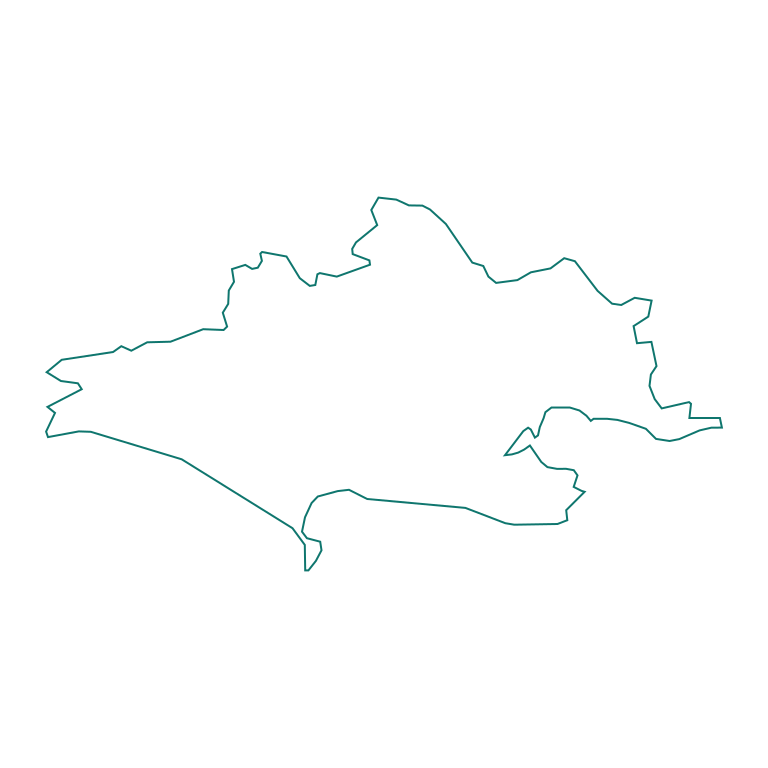 an SVG outline of Dorset
{"feature_id": "GBR-2051", "entity_name": "Dorset", "entity_type": "Administrative County", "adm_level": 1, "iso_a3": "GBR", "parent_name": "United Kingdom", "parent_adm1": "", "projection": "equal_earth", "projection_center": [-2.221, 50.805], "detail": "fine", "context": "isolated", "style": "outline", "palette": "teal", "viewbox_px": 768, "rotation_deg": 0, "n_neighbors": 0, "source": "natural_earth", "source_scale": "10m", "svg_char_len": 1796}
<svg xmlns="http://www.w3.org/2000/svg" viewBox="0 0 768 768"><path d="M721.9,427.6L711.3,427.7L699.6,430.4L679.3,439.1L669.6,441.0L656.0,438.9L645.9,428.8L629.1,422.9L617.4,419.9L607.1,418.8L598.7,418.8L593.6,418.8L590.8,420.9L586.5,415.8L579.5,410.5L569.7,407.5L558.5,407.5L551.5,407.5L545.4,412.2L543.6,418.2L539.8,427.1L538.0,435.4L534.9,437.6L530.8,429.5L528.1,427.7L523.3,431.1L505.0,455.2L511.9,454.4L518.2,452.6L524.1,449.6L529.9,445.5L541.3,462.0L547.4,467.1L557.2,468.9L566.0,468.8L573.8,470.2L577.5,475.4L573.7,486.9L581.6,490.9L584.6,491.8L566.2,510.2L567.3,520.2L557.5,524.0L514.3,524.7L505.3,523.2L465.4,507.9L367.2,499.0L349.0,489.8L337.7,491.1L317.8,496.5L311.6,503.0L305.0,517.3L302.0,531.7L306.9,538.2L320.2,541.7L321.5,550.3L315.9,560.9L308.4,570.4L305.2,570.4L304.8,544.9L292.5,528.2L181.7,459.3L90.8,431.8L78.8,431.4L48.0,437.1L46.1,431.6L55.0,412.9L47.5,406.9L81.7,389.2L77.9,383.3L60.9,381.0L46.7,372.2L61.7,359.8L113.1,352.0L121.3,346.2L131.3,350.7L147.2,342.3L170.5,341.7L203.2,329.2L223.6,330.0L227.1,326.6L222.8,312.7L228.2,303.9L228.8,290.5L234.0,281.8L232.0,269.1L245.3,264.9L252.1,268.9L257.8,267.7L261.9,260.9L260.3,253.7L262.1,252.0L286.5,256.5L299.8,278.2L309.8,285.9L315.3,285.0L317.4,274.3L319.9,273.1L336.8,276.6L370.0,264.7L369.4,260.4L352.7,254.1L352.2,248.9L356.0,242.4L377.2,225.1L371.3,210.0L378.5,197.6L396.3,199.6L408.9,205.4L422.4,205.6L430.0,209.5L445.9,224.0L472.3,262.6L483.3,266.0L488.4,276.6L496.1,282.9L517.4,280.1L530.9,272.3L550.5,268.4L564.2,258.2L574.9,261.2L597.6,290.9L612.1,303.7L621.2,305.0L634.7,297.8L651.6,300.6L648.3,316.6L633.6,326.1L637.0,343.2L651.4,341.9L656.5,366.1L650.9,374.5L649.5,385.9L654.7,399.1L661.7,408.4L689.0,402.1L691.0,403.8L689.4,418.0L719.9,418.0L721.9,427.6Z" fill="none" stroke="#0f766e" stroke-width="2"/></svg>